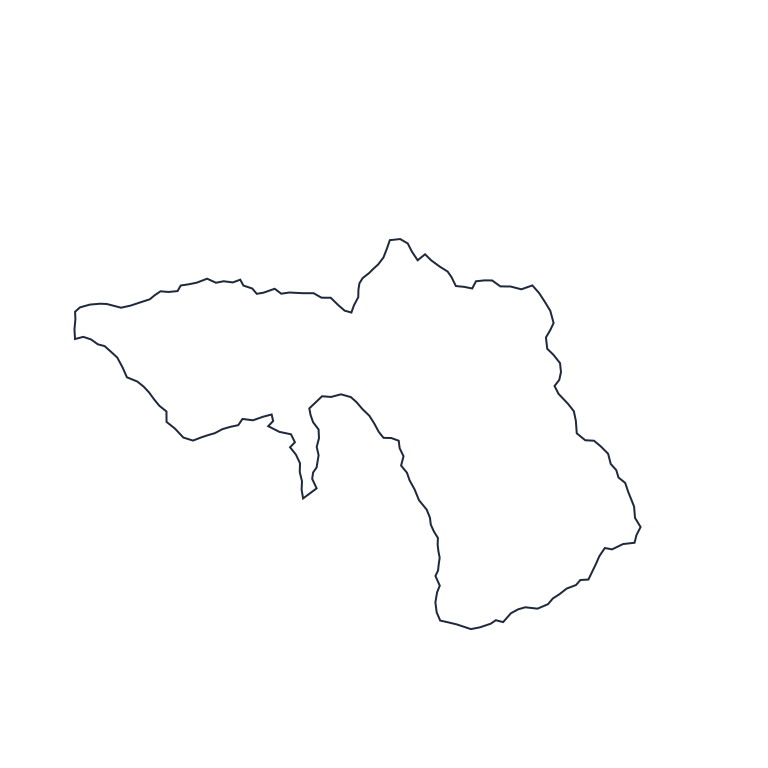 outline of Agrolândia, Santa Catarina, Brazil, rotated 124°
{"feature_id": "56859067B12075513743626", "entity_name": "Agrolândia", "entity_type": "district", "adm_level": 2, "iso_a3": "BRA", "parent_name": "Brazil", "parent_adm1": "Santa Catarina", "projection": "natural_earth1", "projection_center": [-49.817, -27.467], "detail": "fine", "context": "isolated", "style": "outline", "palette": "slate", "viewbox_px": 768, "rotation_deg": 124, "n_neighbors": 0, "source": "geoboundaries", "source_scale": "gbopen_adm2", "svg_char_len": 2706}
<svg xmlns="http://www.w3.org/2000/svg" viewBox="0 0 768 768"><g transform="rotate(124 384 384)"><path d="M514.8,152.1L503.1,150.6L495.8,146.8L490.1,142.0L484.4,131.1L474.8,124.9L467.4,124.1L459.9,120.9L451.5,118.2L443.3,112.4L436.7,111.6L431.8,105.2L414.4,107.7L406.3,109.2L396.5,109.2L393.6,102.5L383.0,96.3L375.5,87.5L368.1,90.2L359.1,91.3L354.6,101.1L345.8,108.1L340.8,115.4L337.1,120.9L331.1,128.8L330.4,137.3L325.5,143.3L323.5,151.3L316.5,159.2L314.5,169.4L313.6,178.2L318.1,185.7L317.1,196.6L307.2,204.4L300.4,211.4L297.5,220.5L294.6,233.7L290.3,241.5L282.6,241.0L275.2,243.9L268.3,249.7L265.1,259.6L263.5,268.4L254.8,275.8L246.4,276.3L238.6,277.5L230.3,287.1L226.0,296.5L221.9,306.2L219.3,316.1L228.7,323.1L232.4,333.6L238.0,342.1L237.7,352.3L242.2,359.0L247.4,365.2L255.5,364.3L258.6,371.8L262.6,379.2L257.7,387.7L255.2,394.1L255.5,403.4L255.1,413.9L253.5,422.5L262.6,425.3L258.6,435.0L254.2,442.9L254.8,451.7L261.5,459.6L269.7,457.4L279.4,455.2L288.3,455.7L294.2,457.2L300.4,458.4L308.1,460.9L314.2,460.7L320.0,458.0L326.4,453.9L335.6,452.9L343.0,451.0L345.2,457.7L344.2,465.9L342.3,476.4L347.4,484.1L348.1,493.2L354.2,502.2L361.0,513.5L366.6,519.7L366.2,527.9L375.6,534.9L380.4,539.9L378.5,546.6L381.0,555.6L377.9,561.5L384.3,566.1L388.5,574.4L394.0,579.9L395.6,589.5L404.7,595.9L410.5,601.6L416.0,607.6L422.4,607.1L428.2,614.1L432.1,621.1L438.8,623.8L444.7,625.5L452.5,631.6L460.8,638.0L467.8,644.7L470.2,651.5L472.7,658.6L476.3,664.4L482.7,672.3L490.5,678.9L496.9,680.5L502.8,676.1L511.9,671.1L519.5,665.3L513.1,659.7L510.9,652.0L511.1,643.4L508.8,636.8L509.9,628.8L511.2,620.0L516.4,610.1L522.2,600.9L519.9,589.9L520.6,581.7L522.4,574.0L525.5,565.4L527.7,558.0L528.4,549.0L537.0,543.1L537.9,532.2L540.6,520.4L537.7,510.7L530.5,505.7L524.8,501.3L519.3,496.7L511.9,492.8L505.3,487.3L499.6,481.8L492.1,481.8L487.4,472.4L478.7,465.9L472.1,460.1L476.7,455.2L483.7,456.4L482.2,444.0L477.7,433.0L482.1,425.3L489.0,426.5L491.8,417.5L496.7,409.3L504.1,404.6L510.5,397.6L517.7,393.2L524.1,387.1L508.2,381.5L502.8,390.5L497.0,393.3L490.9,393.2L479.6,398.4L473.8,404.6L465.3,407.6L458.3,412.8L455.3,421.5L450.7,427.6L446.0,432.3L438.9,430.7L428.8,428.5L424.3,420.6L416.6,413.9L413.4,404.1L414.4,396.7L416.9,387.7L418.5,378.4L422.1,370.2L426.6,361.6L428.9,354.3L424.7,347.7L422.8,340.1L428.5,335.1L433.0,327.4L442.1,324.2L444.7,315.4L449.5,309.0L454.4,299.5L460.8,290.0L464.3,278.3L469.2,271.1L474.4,266.6L478.3,260.3L481.5,253.2L487.2,249.7L492.2,245.4L496.9,240.7L502.5,238.0L508.4,234.9L514.4,234.0L520.0,225.0L527.0,223.5L536.3,219.3L543.9,212.6L548.7,205.1L546.0,198.3L542.6,189.2L538.6,174.9L532.2,168.5L523.1,161.5L517.3,159.2L514.8,152.1Z" fill="none" stroke="#1e293b" stroke-width="2"/></g></svg>